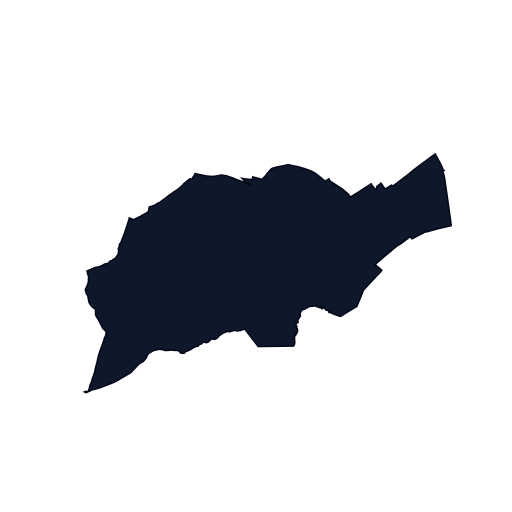 the district of Sarata, Bacau, Romania, rotated 342°
{"feature_id": "2599482B72000183415185", "entity_name": "Sarata", "entity_type": "district", "adm_level": 2, "iso_a3": "ROU", "parent_name": "Romania", "parent_adm1": "Bacau", "projection": "natural_earth1", "projection_center": [26.869, 46.503], "detail": "fine", "context": "isolated", "style": "filled", "palette": "ink", "viewbox_px": 512, "rotation_deg": 342, "n_neighbors": 0, "source": "geoboundaries", "source_scale": "gbopen_adm2", "svg_char_len": 5761}
<svg xmlns="http://www.w3.org/2000/svg" viewBox="0 0 512 512"><g transform="rotate(342 256 256)"><path d="M461.2,232.8L460.7,232.4L460.5,229.2L460.4,228.1L460.1,225.8L459.6,223.0L458.4,216.5L458.1,214.3L456.4,214.8L452.7,216.0L446.9,218.0L442.8,219.3L439.7,220.3L434.9,222.0L431.5,223.2L427.7,224.8L425.7,225.5L423.9,226.2L423.2,226.4L409.3,231.3L407.2,231.7L406.9,230.5L401.3,231.7L399.4,232.1L397.4,225.3L392.3,227.3L391.2,230.3L390.0,228.7L389.5,227.8L389.1,226.9L388.3,224.9L387.9,222.9L387.0,223.1L386.0,223.4L384.9,223.7L384.2,223.9L380.8,224.8L378.7,225.3L371.5,227.3L363.9,229.1L363.6,227.9L363.0,225.8L360.8,222.1L359.5,220.0L358.9,219.0L358.2,218.2L356.7,216.3L356.0,215.4L353.3,212.2L349.5,207.4L349.3,205.1L344.8,206.2L342.6,202.6L339.7,198.1L337.8,195.5L335.8,193.2L333.5,191.2L329.2,187.9L325.6,185.4L323.5,184.0L318.7,181.4L317.3,180.4L314.6,179.0L310.6,178.7L303.7,177.8L300.7,177.7L299.0,177.6L297.6,177.8L296.8,178.2L296.4,178.4L291.8,181.1L289.7,182.7L285.4,184.9L278.5,180.5L277.4,179.7L276.9,180.5L276.5,181.4L276.1,182.1L272.9,180.8L268.9,179.0L266.6,177.7L267.1,178.9L267.8,180.5L268.2,181.7L269.1,182.9L270.6,184.1L272.4,185.5L273.2,186.4L273.7,186.8L273.4,187.5L270.4,184.9L263.1,178.8L260.7,176.9L258.4,174.9L252.9,170.7L251.0,169.7L250.8,169.6L248.3,168.3L245.1,167.9L242.1,167.5L238.4,166.6L233.7,164.6L230.8,163.0L227.5,161.1L223.5,158.7L223.1,159.2L222.0,160.4L220.1,161.8L218.6,163.2L218.0,163.0L217.9,162.5L217.7,162.4L217.4,162.4L216.9,163.0L216.5,163.3L216.2,163.2L216.6,162.6L217.3,162.0L209.9,164.8L207.2,166.4L204.1,167.7L201.8,168.5L199.6,169.2L197.9,169.6L195.7,170.3L193.2,171.1L191.7,171.5L190.0,172.2L189.4,172.4L186.5,173.4L186.2,173.5L184.6,174.0L183.7,174.3L179.6,175.7L179.1,175.3L175.7,176.3L171.2,176.5L169.7,176.3L167.7,179.8L167.3,180.5L165.0,181.3L163.1,181.5L161.5,182.0L159.5,182.0L159.4,182.8L157.2,182.7L156.2,182.8L155.2,183.0L152.9,183.3L151.9,183.5L151.4,183.6L150.2,183.3L149.5,182.4L149.3,182.2L149.2,182.1L148.7,181.7L147.3,180.6L146.2,182.3L145.7,183.0L145.0,184.0L143.9,185.5L142.5,187.5L141.9,188.3L141.5,188.8L141.0,189.6L140.7,190.0L139.5,191.5L138.5,192.9L138.3,193.2L135.6,196.6L135.1,197.2L134.2,198.2L132.9,199.8L131.8,201.3L129.7,202.7L128.9,204.7L128.2,205.4L127.5,206.1L127.1,207.3L126.9,208.9L126.0,210.7L125.4,211.5L124.8,212.3L123.8,212.9L121.8,214.4L121.6,215.0L119.7,214.9L117.3,215.9L115.5,215.8L114.3,216.7L112.5,217.2L110.3,216.9L108.0,217.1L107.5,217.6L105.2,217.5L104.5,217.9L101.5,217.5L99.5,217.2L95.1,217.6L90.7,218.0L90.5,218.5L90.8,219.6L90.3,220.5L90.4,221.5L90.4,223.0L90.2,224.5L89.4,226.4L88.9,228.1L87.8,230.0L86.4,231.9L83.3,235.1L83.1,236.5L83.1,237.4L83.1,238.6L83.0,239.7L83.5,241.1L83.6,242.8L83.3,245.0L82.9,247.5L82.9,249.1L83.3,250.8L84.3,253.4L84.9,254.5L86.8,256.8L86.1,259.6L85.4,261.8L85.3,263.5L86.1,266.7L86.7,269.4L87.1,272.4L87.7,275.6L87.8,277.0L88.3,278.1L89.6,280.5L90.0,281.9L89.0,284.5L86.6,287.1L84.5,290.2L81.9,293.5L78.9,297.3L76.3,300.7L73.9,304.5L71.6,308.6L68.9,312.5L67.1,315.9L64.9,318.9L62.3,322.3L60.2,325.4L59.0,326.6L58.8,326.8L58.2,327.7L56.7,330.1L55.8,331.4L55.1,332.4L54.8,332.9L53.8,332.6L52.3,332.1L52.0,332.1L50.8,332.2L51.1,332.5L52.0,333.5L56.9,333.0L57.7,332.8L58.5,332.7L60.2,332.7L62.1,333.0L63.7,333.0L68.5,333.1L70.6,332.9L76.7,332.6L82.8,332.2L100.8,328.3L109.9,323.3L111.5,322.5L113.9,321.9L115.5,321.7L116.8,321.2L119.5,319.4L121.0,318.2L122.1,316.5L124.0,315.5L126.4,315.0L128.1,314.5L129.9,314.3L132.9,314.6L134.7,314.8L137.1,315.6L138.5,316.4L140.0,317.6L142.8,318.5L147.0,319.5L148.9,320.5L151.6,321.3L153.4,322.6L153.8,323.8L154.2,324.7L155.4,325.6L156.6,326.1L157.8,326.3L159.8,325.1L160.9,325.2L165.2,324.7L169.5,323.6L173.5,323.8L173.9,322.9L177.5,322.6L179.5,321.5L182.1,323.2L184.5,322.9L186.1,322.0L187.7,321.2L189.8,321.9L190.9,322.5L192.9,322.3L195.2,321.4L196.5,320.3L198.2,319.9L201.7,319.0L203.4,319.2L205.2,318.6L207.1,319.9L212.0,320.0L213.0,320.3L215.3,321.6L218.5,322.0L222.7,322.0L230.1,342.8L263.9,353.3L265.4,351.8L266.1,350.5L267.6,344.8L270.7,342.3L271.9,341.1L272.7,339.2L272.8,337.9L272.6,336.6L273.0,335.7L273.0,334.6L272.8,333.5L273.2,332.5L274.1,332.4L275.0,332.4L275.7,331.8L275.9,331.3L275.7,330.3L276.2,329.4L277.8,328.5L278.8,327.4L279.8,326.8L279.9,325.2L280.4,324.1L282.8,321.6L286.5,321.5L288.1,321.1L292.1,320.5L293.6,321.2L296.5,321.5L297.3,322.4L299.5,323.9L299.9,324.2L300.2,324.7L300.9,324.6L301.3,324.3L301.5,324.1L301.8,324.5L302.2,324.5L302.4,324.5L302.4,324.8L302.1,324.8L301.8,325.1L301.7,325.4L301.8,325.6L302.0,325.5L302.3,325.9L302.2,326.2L302.4,326.5L302.8,326.7L303.0,326.7L303.3,326.4L303.3,326.1L303.3,325.9L303.7,325.6L304.0,325.8L304.2,325.7L304.3,325.6L304.5,325.9L304.7,326.3L304.9,326.4L305.1,327.0L305.3,327.5L305.5,328.3L305.7,328.7L306.1,329.2L306.5,329.5L307.4,330.0L307.7,330.2L307.8,330.3L307.9,330.5L308.2,330.6L308.3,331.1L308.1,331.5L307.9,332.0L308.2,332.6L308.6,332.6L308.9,332.5L309.3,332.4L309.3,332.6L309.5,332.8L310.0,333.0L310.1,333.4L310.2,333.8L310.6,334.1L311.7,335.1L315.3,337.9L317.4,339.5L319.2,339.3L324.4,337.9L329.5,336.7L333.5,335.8L335.0,335.4L335.6,335.4L336.1,335.2L337.0,334.4L338.6,332.4L340.6,330.1L342.6,327.8L345.4,324.4L347.5,321.9L348.6,321.2L354.4,317.9L358.8,315.5L361.6,313.9L364.8,312.1L368.4,310.3L371.3,308.5L369.4,305.3L367.8,302.8L366.7,300.9L374.3,297.7L380.5,295.1L385.5,293.2L389.1,291.6L393.4,290.0L397.9,289.0L404.9,286.6L408.5,285.2L409.7,287.9L425.7,285.2L425.7,285.8L430.1,286.0L438.7,286.4L451.1,287.5L451.7,284.4L452.0,282.7L452.3,281.0L453.9,272.0L454.8,267.0L455.6,262.4L456.3,258.4L456.8,255.6L457.2,253.2L457.9,249.0L458.6,245.2L459.5,239.9L459.7,237.8L459.8,236.6L459.8,235.9L459.8,235.5L459.9,234.3L459.9,233.2L460.5,233.0L461.2,232.8Z" fill="#0f172a" stroke="#020617" stroke-width="1.5"/></g></svg>